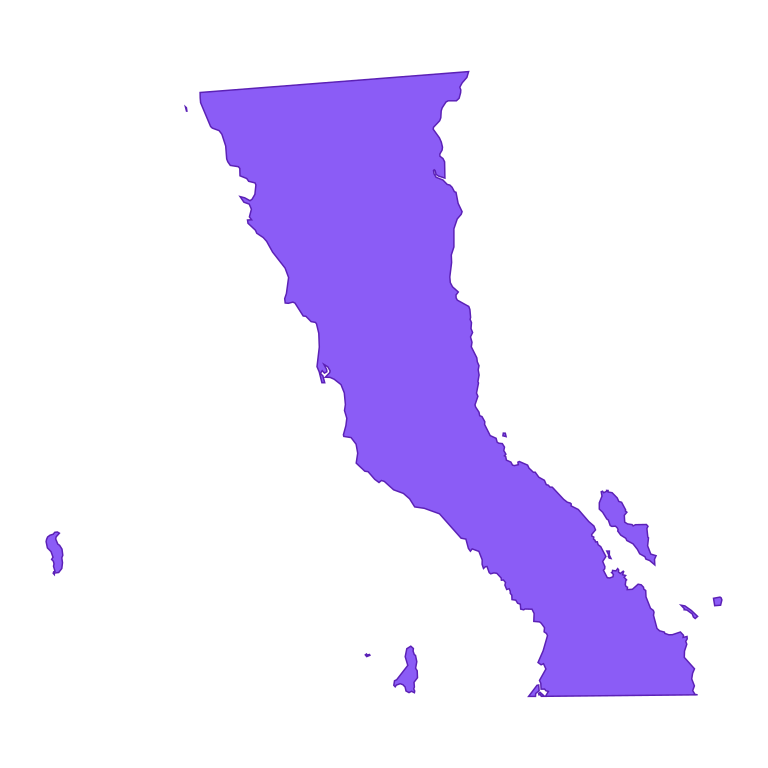 SVG path tracing the border of Baja California
{"feature_id": "MEX-2706", "entity_name": "Baja California", "entity_type": "State", "adm_level": 1, "iso_a3": "MEX", "parent_name": "Mexico", "parent_adm1": "", "projection": "albers", "projection_center": [-114.611, 30.356], "detail": "fine", "context": "isolated", "style": "filled", "palette": "violet", "viewbox_px": 768, "rotation_deg": 0, "n_neighbors": 0, "source": "natural_earth", "source_scale": "10m", "svg_char_len": 6102}
<svg xmlns="http://www.w3.org/2000/svg" viewBox="0 0 768 768"><path d="M468.6,71.6L466.9,77.4L462.2,82.8L459.8,87.2L460.8,89.9L460.6,92.8L459.1,98.3L456.4,100.8L448.2,100.8L446.0,102.0L442.2,107.8L441.2,110.9L440.8,117.8L439.7,120.7L433.5,127.3L433.2,129.2L439.4,137.8L441.3,142.1L442.5,147.2L442.1,150.1L439.8,154.1L439.9,156.2L443.0,158.6L444.6,161.8L444.9,178.1L438.4,176.0L436.1,174.4L435.1,170.5L434.2,169.8L433.5,170.5L434.0,173.7L436.1,177.3L442.9,180.0L447.2,184.4L449.9,185.1L452.1,187.3L454.4,191.7L456.0,192.3L458.1,203.3L462.1,211.7L461.2,214.3L457.2,219.0L453.9,228.8L453.9,247.0L451.3,255.0L451.6,262.5L449.8,277.0L450.3,282.6L452.5,286.8L458.3,292.0L456.0,295.0L456.1,297.8L457.3,300.1L468.8,306.5L469.9,309.5L470.6,317.4L470.1,319.4L471.5,322.6L471.0,328.5L472.6,332.5L470.5,336.9L472.0,342.3L471.3,346.8L476.8,357.8L477.3,361.8L479.0,365.7L478.2,369.9L479.1,375.0L477.9,381.6L478.5,383.0L476.5,393.1L477.9,396.3L475.0,404.8L475.6,407.0L479.0,412.2L479.7,415.7L482.0,416.6L484.8,421.7L484.6,424.5L490.2,435.6L496.1,438.3L497.1,442.1L498.7,443.2L502.3,443.6L504.5,447.1L503.8,450.6L505.9,454.2L504.4,455.8L505.7,456.5L506.4,460.1L510.9,462.1L512.5,465.1L514.4,465.6L518.3,464.7L517.9,462.2L519.3,461.5L527.6,465.1L529.0,468.1L533.4,472.3L535.2,472.2L538.8,477.2L544.4,480.3L546.3,484.7L548.2,485.1L550.0,487.1L552.3,487.2L563.6,499.3L567.3,502.2L570.4,503.1L571.2,503.9L571.1,505.9L578.3,509.5L588.8,521.6L593.9,526.0L595.5,529.9L591.7,534.5L591.8,536.0L593.8,537.1L593.5,539.1L595.0,540.2L595.5,541.9L597.3,541.8L598.1,544.7L600.7,546.6L605.9,556.5L602.7,561.5L604.9,566.6L604.7,568.8L603.4,570.2L607.3,577.7L609.7,578.0L612.9,576.8L613.4,574.5L611.6,572.5L612.4,572.1L612.6,570.4L615.9,570.9L617.7,568.6L618.7,570.0L618.4,571.9L620.3,573.5L623.2,571.2L623.7,571.7L622.5,574.7L625.6,575.5L624.1,577.3L626.6,579.9L625.8,580.6L625.3,584.7L626.0,586.5L627.5,587.2L627.2,589.6L632.4,589.3L638.1,584.2L641.2,584.8L643.5,587.2L643.8,589.1L645.7,590.5L646.0,596.9L650.5,608.3L653.3,610.4L654.0,612.2L653.5,615.3L657.0,628.5L659.6,630.8L664.4,632.1L664.8,633.4L668.9,634.8L672.4,634.7L680.4,632.0L683.5,635.3L683.1,637.4L687.0,636.5L687.2,638.9L685.7,641.4L686.8,644.2L684.5,651.1L684.3,657.4L694.5,668.8L692.6,673.3L691.7,678.9L694.4,685.9L692.7,690.6L695.0,694.4L697.6,694.8L545.5,696.3L548.4,691.4L546.0,690.8L544.6,689.1L541.1,689.1L540.8,683.3L539.5,680.4L545.9,669.0L543.5,663.7L541.1,664.8L538.0,662.5L543.1,650.9L547.5,635.6L546.5,633.5L544.1,631.8L544.5,627.7L541.2,623.2L539.6,621.9L533.8,621.4L534.1,613.5L532.0,609.2L525.0,609.0L523.7,609.8L520.7,609.1L520.3,604.2L517.6,603.2L515.8,600.2L512.0,599.6L511.8,595.2L510.3,593.4L510.2,591.1L509.1,588.7L506.7,589.5L504.9,585.1L505.5,582.5L503.5,580.0L501.4,580.2L501.1,577.9L496.8,573.3L493.9,572.9L490.7,573.8L489.2,572.6L487.0,566.5L485.4,566.7L483.5,568.5L482.1,564.3L482.2,559.9L478.9,551.4L472.2,548.9L470.4,551.2L468.4,548.4L465.9,539.1L461.1,538.2L439.5,513.8L424.3,508.3L414.7,506.9L409.6,498.8L403.4,493.4L393.6,489.8L384.3,481.4L381.4,480.5L379.0,482.5L374.7,479.3L368.1,471.7L364.8,471.2L356.2,463.1L357.7,453.2L356.1,444.2L351.1,437.6L343.8,436.4L343.4,434.8L345.9,425.6L346.8,418.3L344.5,410.5L345.4,404.6L344.3,392.9L341.0,384.6L334.1,379.2L330.1,377.4L325.3,377.2L329.7,372.7L330.1,370.8L327.8,366.8L323.9,364.4L326.7,369.6L326.9,371.7L324.5,373.1L322.2,370.7L320.8,372.7L320.8,373.8L322.9,375.9L324.7,382.7L321.9,382.7L319.2,371.8L317.0,366.7L319.3,347.1L318.8,333.4L316.5,323.8L315.4,322.4L311.1,321.6L305.9,316.3L303.2,316.0L295.0,303.1L292.9,302.1L288.4,303.3L285.2,303.0L284.7,298.6L286.4,293.6L288.6,277.5L285.1,268.1L272.6,252.1L266.6,241.3L263.2,237.5L256.8,233.3L255.4,230.2L248.0,223.3L247.5,220.0L251.6,219.8L249.4,216.9L251.4,209.2L249.2,204.1L243.9,202.2L240.1,196.6L244.7,197.8L250.0,200.7L252.1,199.2L254.9,194.3L255.9,184.9L255.0,182.9L248.7,181.3L246.7,178.5L240.0,175.8L239.8,168.4L238.4,166.7L230.3,165.4L227.8,161.8L226.7,158.9L225.7,146.0L221.9,134.3L219.1,130.6L212.3,128.1L210.6,126.5L200.6,102.7L200.2,97.9L200.1,92.5L468.6,71.6ZM650.8,554.1L656.1,555.7L654.5,559.3L654.8,564.9L649.6,560.5L645.9,559.1L644.9,556.7L639.7,553.8L637.4,549.4L633.0,543.8L626.8,540.5L625.8,538.3L620.7,535.1L617.7,531.0L618.1,529.8L617.3,527.9L615.5,526.2L611.8,526.4L610.2,525.5L608.3,520.0L606.8,519.0L602.6,512.2L599.3,509.1L599.3,502.8L602.0,496.1L601.2,491.8L602.5,491.2L603.7,492.7L606.6,491.3L606.6,490.4L608.1,490.5L608.1,492.0L612.1,492.7L617.2,497.9L618.8,501.4L621.6,502.3L625.6,509.8L625.4,511.0L626.9,512.2L624.3,515.3L624.7,522.1L627.5,523.9L632.1,524.6L633.1,525.9L635.5,524.7L646.4,524.5L648.0,526.3L646.9,528.5L647.8,537.1L648.5,537.8L647.6,545.8L650.8,554.1ZM413.1,651.1L414.3,654.6L415.5,655.4L416.8,661.7L415.6,668.2L417.2,670.8L417.5,677.7L414.0,682.3L414.4,687.0L413.7,688.9L414.7,691.0L414.4,692.7L411.5,691.3L409.0,692.6L406.0,691.0L405.1,687.0L402.9,684.7L400.2,683.7L396.3,685.1L395.2,686.8L393.8,685.3L394.5,680.8L396.7,679.7L407.8,665.4L405.2,656.7L406.8,648.7L410.8,646.2L413.4,648.5L413.1,651.1ZM59.6,545.3L62.0,549.1L62.8,555.3L61.8,557.8L62.5,562.7L61.8,568.5L58.7,572.5L54.3,573.1L54.3,574.5L53.2,573.3L53.7,571.8L55.0,571.3L53.5,566.2L54.0,563.9L53.4,561.3L51.6,559.4L53.0,557.2L51.0,551.6L47.4,547.9L46.1,541.6L46.6,539.3L47.6,537.0L50.0,535.2L53.2,534.2L54.8,532.3L57.4,532.0L59.4,533.2L56.1,536.9L55.7,539.0L57.8,544.1L59.6,545.3ZM713.5,598.3L720.0,597.1L721.1,597.8L721.9,599.9L720.6,605.2L714.7,605.7L713.5,598.3ZM528.6,696.4L537.0,685.3L538.7,685.0L539.1,690.7L535.7,693.5L535.5,696.4L528.6,696.4ZM681.0,605.2L684.9,605.9L691.4,610.5L697.6,616.4L695.2,618.5L693.4,617.0L692.3,614.0L687.0,610.1L684.1,609.7L684.4,608.8L681.0,605.2ZM541.3,696.3L540.3,694.6L539.0,694.9L538.6,693.4L540.1,692.3L544.5,696.3L541.3,696.3ZM606.8,551.1L609.4,551.1L609.3,555.0L611.0,558.5L609.2,558.1L608.3,556.3L608.9,555.3L606.8,551.1ZM503.3,433.1L505.3,433.2L506.1,436.6L502.9,435.8L503.3,433.1ZM366.5,654.0L367.1,655.0L369.5,654.5L369.9,655.3L366.7,656.6L365.3,654.9L366.5,654.0ZM185.4,106.8L186.4,107.7L186.9,111.1L186.5,111.1L185.4,106.8Z" fill="#8b5cf6" stroke="#5b21b6" stroke-width="1.5"/></svg>